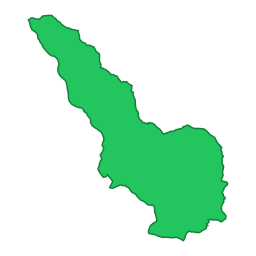 Lebong, Bengkulu, Indonesia
{"feature_id": "22746128B6914990948320", "entity_name": "Lebong", "entity_type": "district", "adm_level": 2, "iso_a3": "IDN", "parent_name": "Indonesia", "parent_adm1": "Bengkulu", "projection": "albers", "projection_center": [102.228, -3.053], "detail": "fine", "context": "isolated", "style": "filled", "palette": "green", "viewbox_px": 256, "rotation_deg": 0, "n_neighbors": 0, "source": "geoboundaries", "source_scale": "gbopen_adm2", "svg_char_len": 5588}
<svg xmlns="http://www.w3.org/2000/svg" viewBox="0 0 256 256"><path d="M183.4,240.6L184.9,238.2L185.6,235.0L187.1,232.4L189.2,231.3L191.3,231.9L194.1,232.0L197.3,232.6L199.6,232.5L202.5,230.4L205.7,228.8L206.4,228.0L206.1,226.6L207.1,225.9L207.8,225.5L207.3,225.0L207.3,224.9L206.7,224.3L206.8,223.3L207.9,223.1L208.8,222.4L208.9,221.1L208.2,219.7L210.0,219.7L210.6,219.2L212.5,220.0L217.3,219.9L219.0,220.5L220.5,221.6L222.2,221.6L223.1,220.3L224.9,219.4L225.8,217.9L226.0,215.9L224.1,213.3L222.0,211.5L221.5,209.6L221.3,207.1L221.9,205.2L223.9,201.6L223.6,200.3L223.7,199.0L225.1,198.9L225.1,198.3L224.8,197.3L223.8,196.5L223.3,195.9L223.4,194.9L223.2,194.1L223.0,193.6L222.1,192.9L222.2,191.9L222.8,191.2L223.8,189.6L224.0,188.2L225.8,186.0L227.1,185.2L227.7,183.6L226.7,182.1L225.6,181.8L224.1,181.4L222.0,181.1L221.8,180.4L221.5,180.1L221.3,178.9L222.4,177.4L223.1,175.1L222.6,173.2L222.6,172.1L222.7,170.8L222.9,170.0L223.3,168.9L223.6,166.2L223.4,165.3L222.9,165.0L222.8,164.9L222.7,164.7L222.0,163.6L222.2,160.7L221.9,159.0L222.3,158.4L223.2,156.5L223.1,155.7L222.0,154.8L221.8,151.7L220.9,149.6L221.7,147.7L221.7,147.2L221.1,146.9L220.7,146.9L220.3,146.1L220.2,145.8L220.0,145.4L219.9,145.3L219.2,145.0L219.0,144.5L218.8,144.3L217.7,143.1L216.7,141.5L215.4,138.8L214.6,137.4L214.4,137.3L212.2,135.9L211.1,135.3L209.4,134.1L208.5,132.9L207.9,132.4L207.1,131.4L205.5,130.0L203.7,128.9L201.9,128.7L199.1,128.5L195.1,128.5L194.6,128.3L192.7,128.0L190.4,126.6L188.2,125.2L186.7,125.4L184.9,126.3L183.5,126.6L182.8,127.0L181.5,128.9L179.4,128.9L178.0,129.3L176.3,129.7L175.3,130.0L174.2,131.1L171.0,131.3L167.0,132.8L166.3,133.0L164.5,133.9L162.5,133.6L162.3,132.5L161.7,131.8L160.0,129.4L159.1,128.7L158.2,128.2L156.6,126.9L156.1,126.4L155.0,125.0L154.7,124.7L151.9,123.0L151.4,122.9L148.3,122.9L148.6,123.7L146.4,124.0L145.8,123.2L144.1,122.6L142.7,122.6L141.4,120.6L139.7,119.5L139.4,119.1L139.1,118.5L138.3,114.8L138.4,113.6L137.6,111.3L136.9,110.9L136.9,110.5L136.1,109.1L135.5,106.0L135.3,103.5L135.3,101.2L135.0,99.3L133.9,97.3L133.3,94.8L133.1,92.0L131.7,91.7L131.1,90.0L131.7,88.9L131.7,85.8L131.9,85.6L130.4,84.9L127.5,82.9L126.7,81.6L125.5,81.9L123.8,81.5L122.7,82.3L121.2,82.0L118.5,78.7L117.2,76.2L116.7,76.2L115.1,75.6L113.3,74.6L111.5,74.6L110.9,74.4L108.0,71.3L105.8,70.0L105.6,69.4L103.8,68.9L103.6,68.8L102.8,68.4L102.6,68.4L102.1,67.8L100.9,67.8L100.5,67.6L100.4,67.5L101.0,64.5L99.5,61.2L99.5,54.1L96.9,51.9L96.2,51.6L94.0,47.2L91.2,45.9L89.4,45.2L87.6,45.4L86.6,45.1L86.4,44.6L84.8,43.0L82.6,42.3L81.9,41.7L81.5,41.3L79.7,39.4L79.4,35.9L78.0,31.1L78.2,30.7L75.0,30.0L72.8,29.5L72.6,29.6L71.5,29.2L71.1,29.1L70.8,28.9L68.6,28.0L67.0,27.8L64.9,26.8L63.1,25.4L61.5,24.5L60.3,22.6L56.7,20.3L56.1,19.1L55.2,18.3L54.2,17.9L53.1,16.8L52.7,16.3L51.6,15.4L49.5,15.4L48.7,15.4L47.3,15.5L46.4,15.6L45.7,15.7L44.0,15.8L42.4,16.2L40.5,18.3L39.0,19.3L37.2,19.0L35.8,19.0L33.6,18.2L32.1,17.8L30.6,18.3L29.3,19.5L28.3,19.9L28.4,20.1L28.6,20.4L29.5,22.0L29.8,23.8L30.7,27.1L32.0,29.7L33.5,30.9L35.3,31.9L36.2,32.6L36.8,33.3L37.6,35.3L38.0,38.6L39.3,40.0L39.8,41.5L40.6,42.8L42.3,44.9L42.8,46.9L45.8,50.5L47.8,52.8L50.3,55.0L51.8,55.8L54.9,56.5L56.5,58.0L57.5,59.5L58.4,61.3L58.4,62.1L58.8,63.2L58.6,66.0L57.9,68.4L57.8,70.6L58.7,73.5L59.3,74.4L60.2,75.8L61.1,76.8L63.0,78.5L64.2,79.5L65.0,80.2L65.9,81.6L66.5,83.6L66.9,85.5L67.5,89.5L67.7,90.4L67.7,90.9L68.1,92.3L68.2,93.4L68.4,94.3L68.4,95.5L68.3,96.2L68.6,98.3L68.9,99.7L69.3,101.1L71.7,104.2L73.7,105.3L75.3,106.3L77.8,107.3L79.2,107.5L81.3,107.9L83.6,109.6L83.6,110.4L83.7,111.1L83.9,111.4L85.6,112.7L85.8,112.9L86.0,113.0L86.7,113.5L87.1,114.2L87.3,115.0L87.6,115.7L88.5,116.8L89.7,118.0L89.8,118.1L90.4,119.0L90.5,119.5L90.6,119.9L90.6,120.2L90.5,121.2L90.5,122.7L91.0,123.4L91.6,124.3L91.9,125.1L92.8,126.2L94.8,127.7L96.2,128.5L97.3,129.2L98.7,130.2L99.5,130.9L101.0,132.0L102.0,133.5L102.3,134.0L102.6,134.6L102.9,135.7L103.3,136.8L103.7,137.9L103.8,137.9L103.7,138.6L103.8,139.1L103.7,139.3L103.7,140.7L103.4,141.3L103.1,141.7L102.8,142.7L102.6,143.3L102.5,143.5L102.4,143.8L102.3,144.2L102.3,144.6L102.3,144.9L102.2,145.6L102.4,146.1L102.8,146.6L103.5,147.2L103.6,147.8L103.6,148.3L102.9,151.0L102.1,152.4L101.5,153.1L101.3,153.4L101.1,153.5L100.6,154.3L100.5,154.7L100.3,155.1L100.3,155.6L100.6,156.4L100.9,156.9L101.4,157.4L101.5,157.6L101.7,158.3L101.6,159.0L101.6,159.3L101.0,160.1L100.4,161.1L100.2,161.5L99.8,162.7L99.5,163.5L99.5,164.5L99.0,166.0L98.8,166.7L98.7,166.9L98.5,167.4L98.3,167.8L98.2,168.2L98.2,168.3L98.2,168.7L98.1,169.3L98.5,170.3L99.2,171.5L99.8,172.6L100.2,173.2L100.4,173.5L101.1,174.5L101.4,174.9L101.8,175.5L102.0,175.8L102.6,176.4L102.9,176.8L103.2,177.2L103.4,177.3L103.5,177.3L104.1,177.2L106.2,176.6L107.3,175.1L107.5,174.8L112.8,181.4L112.0,182.9L111.2,184.5L109.7,187.5L109.9,187.6L111.3,188.2L111.5,188.2L112.4,188.3L113.8,187.9L117.1,186.2L118.4,185.9L120.5,184.7L122.9,185.8L124.3,185.4L125.4,185.7L126.5,186.9L127.4,187.1L128.9,187.9L129.6,189.0L130.9,191.2L132.6,192.7L135.7,194.3L136.7,195.7L137.9,197.4L140.2,199.6L140.9,200.1L141.4,200.4L141.8,200.6L143.2,201.2L144.6,201.8L147.5,204.6L150.1,205.1L151.4,205.1L152.8,205.4L153.7,205.8L154.5,207.2L154.6,211.0L154.8,212.8L155.7,214.6L155.9,215.8L156.4,217.8L156.9,220.0L156.5,221.0L155.2,222.1L152.7,223.6L151.9,224.6L150.7,225.3L149.2,228.7L148.9,229.7L148.5,231.1L148.4,232.4L149.0,233.5L154.8,234.6L156.6,235.3L157.7,236.0L159.6,236.6L160.6,236.8L162.6,237.4L164.7,237.2L166.2,237.3L170.3,237.6L172.0,237.8L175.5,237.4L177.7,237.6L180.5,239.0L183.1,240.6L183.4,240.6Z" fill="#22c55e" stroke="#15803d" stroke-width="1.5"/></svg>